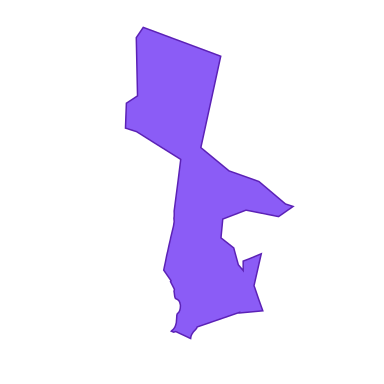 San Andrés Ixtlahuaca, Oaxaca, Mexico (Mercator projection), rotated 113°
{"feature_id": "50627088B44383095655598", "entity_name": "San Andrés Ixtlahuaca", "entity_type": "district", "adm_level": 2, "iso_a3": "MEX", "parent_name": "Mexico", "parent_adm1": "Oaxaca", "projection": "mercator", "projection_center": [-96.838, 17.059], "detail": "fine", "context": "isolated", "style": "filled", "palette": "violet", "viewbox_px": 384, "rotation_deg": 113, "n_neighbors": 0, "source": "geoboundaries", "source_scale": "gbopen_adm2", "svg_char_len": 1681}
<svg xmlns="http://www.w3.org/2000/svg" viewBox="0 0 384 384"><g transform="rotate(113 192 192)"><path d="M71.7,303.6L124.8,279.7L135.9,287.1L159.2,278.2L158.1,266.6L161.6,245.1L166.4,215.1L187.1,209.2L216.5,201.0L218.9,199.9L220.6,199.2L221.7,198.8L223.2,198.4L226.3,196.8L226.8,196.7L229.9,195.9L230.8,195.7L240.9,194.0L242.3,193.8L243.5,193.5L245.1,193.2L248.1,192.7L250.9,192.2L256.5,191.1L257.4,191.0L260.3,190.5L265.5,189.4L266.9,189.1L267.4,189.0L271.6,188.2L275.0,187.5L281.8,176.7L282.1,176.6L282.9,176.8L288.3,170.3L288.4,170.2L290.6,169.7L291.0,169.4L291.3,169.2L292.5,168.5L294.4,167.4L295.3,166.8L295.9,166.2L296.5,165.6L296.5,165.1L296.6,164.3L296.6,163.5L296.8,162.8L297.2,161.6L297.4,161.3L297.6,161.1L297.9,160.7L298.5,160.0L299.0,159.7L299.5,159.3L299.8,159.1L300.0,158.9L300.6,158.5L301.0,158.3L301.5,158.1L302.4,157.8L303.5,157.4L305.7,157.0L307.6,157.1L308.4,157.4L309.5,157.8L310.0,158.0L311.4,157.8L314.8,156.6L317.2,155.8L318.3,155.4L321.2,155.0L323.4,155.0L325.6,155.5L327.4,156.4L328.2,156.7L328.2,154.1L326.9,152.6L326.8,151.5L327.0,147.5L327.1,144.1L327.2,141.4L327.3,139.0L327.4,137.3L327.4,136.0L326.0,136.4L324.7,136.6L323.2,136.6L320.3,136.1L317.1,134.9L315.6,134.5L314.2,134.5L284.3,101.3L284.9,101.2L275.7,84.1L273.7,80.4L268.5,85.2L263.8,89.5L255.5,96.9L254.1,98.3L221.8,104.1L231.6,113.7L235.6,117.9L244.3,114.2L240.9,120.9L230.8,128.9L227.2,131.7L222.9,147.4L204.9,153.1L187.6,135.2L186.8,131.5L181.5,106.0L181.1,103.9L180.9,103.3L180.9,103.1L180.8,102.7L173.5,98.1L170.9,96.5L169.1,95.3L165.8,93.3L166.5,101.3L156.2,134.5L158.1,166.2L147.7,201.2L55.8,218.6L59.5,301.2L71.7,303.6Z" fill="#8b5cf6" stroke="#5b21b6" stroke-width="1.5"/></g></svg>